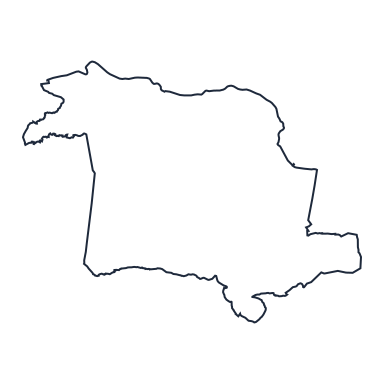 Poncitlán, Jalisco, Mexico (Albers equal-area conic projection)
{"feature_id": "50627088B14404540858707", "entity_name": "Poncitlán", "entity_type": "district", "adm_level": 2, "iso_a3": "MEX", "parent_name": "Mexico", "parent_adm1": "Jalisco", "projection": "albers", "projection_center": [-102.942, 20.264], "detail": "fine", "context": "isolated", "style": "outline", "palette": "slate", "viewbox_px": 384, "rotation_deg": 0, "n_neighbors": 0, "source": "geoboundaries", "source_scale": "gbopen_adm2", "svg_char_len": 5818}
<svg xmlns="http://www.w3.org/2000/svg" viewBox="0 0 384 384"><path d="M84.2,260.3L84.3,263.1L84.0,263.8L87.2,266.4L88.7,268.6L92.4,272.7L93.1,273.9L93.1,274.2L93.6,274.4L93.5,274.2L94.9,275.1L95.0,275.5L97.2,276.1L98.7,275.7L98.6,275.0L99.0,274.6L100.4,274.0L101.8,273.7L103.1,274.3L105.1,274.0L105.0,274.4L105.7,274.1L105.8,273.6L108.1,273.8L109.8,274.2L112.5,272.5L114.4,272.1L114.4,271.8L113.9,271.6L114.4,270.8L114.4,270.0L115.8,269.9L115.8,270.4L116.4,269.9L119.0,270.1L120.1,269.0L120.6,268.8L120.6,269.0L122.1,268.5L125.9,268.1L128.0,267.4L131.6,267.3L134.1,266.9L136.6,267.2L137.4,267.0L141.0,268.0L142.0,267.5L142.7,268.1L143.8,268.1L144.2,268.4L145.1,268.4L145.4,269.0L146.3,268.8L147.2,269.1L148.8,268.9L149.6,269.4L149.8,269.1L150.9,269.3L156.4,268.8L157.4,268.3L160.2,268.5L162.2,269.1L166.4,272.2L171.3,272.8L173.4,274.0L176.3,274.3L179.8,275.2L180.8,275.3L181.2,275.7L181.9,275.9L182.4,275.8L183.8,276.2L186.4,275.5L188.4,274.3L191.0,274.7L192.5,274.3L194.0,274.5L196.2,275.6L196.7,276.1L197.1,277.0L199.4,278.3L200.0,278.9L200.6,278.9L203.2,277.8L204.2,277.9L207.8,279.7L208.8,279.9L212.3,278.8L215.1,275.7L216.2,276.0L217.3,280.2L217.8,281.3L218.9,282.5L223.6,285.4L226.4,286.4L226.8,286.8L226.8,287.6L226.3,287.9L225.2,288.0L224.7,288.3L224.1,288.0L223.2,290.9L223.1,292.2L224.0,294.4L224.3,294.8L224.7,297.1L226.4,299.6L228.5,301.1L229.8,301.9L230.7,302.0L231.1,301.7L231.6,302.0L231.7,305.8L232.0,306.3L232.1,308.2L233.7,310.2L233.6,310.4L236.0,313.9L235.8,314.1L238.3,316.3L240.1,313.7L240.4,314.9L241.6,316.0L245.4,317.8L248.5,320.7L251.8,321.2L253.7,321.9L254.2,322.4L254.7,322.4L256.1,321.9L259.3,319.3L260.6,317.7L261.7,316.9L263.4,314.6L265.2,311.1L265.7,309.9L265.8,308.4L265.6,307.6L265.0,307.2L264.5,305.3L264.0,304.9L263.8,303.4L263.3,302.8L262.5,302.3L261.5,300.0L261.0,299.9L258.6,298.5L255.1,297.4L252.4,297.0L252.4,296.7L255.5,295.0L257.5,294.5L259.5,294.5L261.0,293.6L265.9,293.3L266.9,293.0L268.2,292.9L269.6,293.4L272.3,293.0L273.5,293.1L274.0,294.8L274.6,295.1L275.5,295.2L275.5,295.7L277.9,295.7L279.1,296.3L281.9,296.1L283.0,295.7L284.9,295.9L285.8,295.6L287.1,294.6L286.6,294.3L285.7,292.8L289.5,290.2L292.8,287.2L295.5,286.6L296.5,286.2L298.1,284.2L300.4,283.3L301.3,283.6L302.2,284.2L303.0,285.8L303.1,287.0L303.6,287.3L304.1,287.2L306.9,283.6L311.2,282.1L321.3,272.4L324.1,273.5L325.1,273.4L337.8,270.9L346.0,272.6L352.7,272.8L360.4,268.3L361.0,257.0L359.5,253.3L358.5,252.3L358.5,249.8L357.9,247.2L357.8,239.3L357.1,237.2L356.7,234.8L348.1,233.2L341.2,236.5L339.7,235.0L338.2,234.5L335.3,234.6L335.3,233.8L331.7,234.1L327.9,233.6L323.5,233.7L321.9,233.0L321.7,232.3L321.7,233.6L319.4,233.1L317.8,233.5L315.7,232.9L310.4,234.2L308.4,235.6L307.4,235.4L307.2,231.0L308.4,230.9L306.1,227.4L308.8,226.4L311.2,224.3L308.2,220.2L312.3,198.8L314.6,185.5L317.0,169.9L316.3,169.5L315.0,169.2L313.7,169.1L311.4,169.4L304.3,168.7L296.5,167.6L294.7,167.1L292.8,165.8L294.0,164.5L293.7,164.1L292.7,165.4L287.8,160.5L280.2,146.4L278.2,145.1L277.5,144.0L278.5,142.1L279.1,139.0L279.1,137.9L278.6,135.7L278.5,134.4L278.8,133.4L280.3,131.2L282.8,129.7L283.5,129.0L284.0,128.0L283.9,127.3L283.4,126.5L283.2,123.6L282.3,122.2L280.6,121.4L279.3,118.5L278.0,116.6L276.4,108.8L275.4,107.0L271.9,103.0L270.2,101.7L266.6,99.8L260.1,94.8L256.2,93.4L250.1,90.6L246.6,89.5L242.5,89.8L240.2,89.5L238.0,88.9L233.6,86.3L231.4,85.7L230.0,85.8L228.2,86.2L227.2,86.7L225.2,88.6L223.4,89.6L219.8,90.5L213.9,90.6L209.1,91.2L206.6,90.6L205.9,90.7L205.3,91.0L202.2,94.1L201.3,94.6L197.7,94.3L194.4,94.7L191.2,95.4L184.2,95.4L180.0,95.0L169.8,91.7L165.3,91.1L164.5,91.7L161.7,90.3L160.9,89.1L160.8,86.8L159.7,85.2L158.4,83.9L156.9,83.4L154.6,83.9L153.6,83.8L152.3,82.6L149.9,79.0L149.0,78.5L146.8,77.9L137.6,77.5L134.8,77.7L128.8,79.0L125.2,78.6L122.3,79.0L119.6,78.6L110.0,74.2L107.2,72.3L97.9,64.1L94.8,62.2L92.5,61.6L91.6,61.7L89.9,62.6L86.5,66.2L85.9,67.1L85.8,67.8L86.9,69.9L87.4,72.5L86.9,73.9L86.2,74.3L85.3,74.3L78.6,71.4L76.3,71.7L66.8,75.3L61.3,76.1L53.2,77.9L47.4,79.9L47.3,80.3L48.4,80.1L48.9,83.1L41.2,84.1L41.3,85.1L41.5,85.1L41.6,85.6L41.8,85.5L42.2,86.7L44.0,90.1L48.3,91.9L48.8,92.7L49.4,93.0L52.2,93.7L53.8,95.1L60.9,97.2L63.6,99.5L63.6,101.6L63.3,102.4L62.9,102.9L61.4,103.7L61.0,105.7L59.9,107.4L59.8,108.0L58.2,108.8L57.9,110.3L57.2,110.8L56.8,111.7L56.1,111.7L55.3,112.4L54.6,112.4L54.1,112.9L53.3,112.5L52.1,113.2L49.5,112.6L48.5,112.9L47.5,112.4L46.0,113.1L45.3,113.0L45.1,113.3L45.4,113.7L45.3,114.1L44.9,114.3L45.2,115.4L44.9,115.8L44.7,117.3L44.1,117.9L44.2,118.2L43.1,119.3L41.8,119.5L41.1,119.9L40.6,119.8L40.2,119.5L39.9,119.6L39.5,120.9L38.1,121.0L36.9,121.7L36.6,122.1L36.9,123.6L36.1,123.6L35.8,123.2L35.0,123.0L34.9,122.7L33.2,121.6L33.2,122.3L32.6,122.7L30.1,123.3L29.8,123.9L28.4,125.2L28.0,125.9L27.6,128.0L25.8,130.8L23.9,134.2L23.0,137.2L25.0,142.6L24.9,143.7L25.4,144.9L29.1,142.9L31.4,142.7L31.7,141.7L32.9,141.7L33.2,142.0L33.6,144.0L34.0,144.1L34.9,142.5L35.4,143.0L36.9,141.8L37.6,141.6L38.9,141.7L40.0,142.4L40.2,141.9L39.7,140.8L40.1,140.4L40.8,141.2L41.8,141.0L42.0,141.2L42.5,139.7L41.9,138.7L42.9,137.2L43.7,136.7L45.0,137.0L45.6,136.7L47.0,137.0L47.1,137.4L47.5,137.2L47.7,136.8L48.7,137.0L48.6,135.7L49.1,134.3L50.2,133.4L51.2,134.6L52.0,134.8L52.4,134.8L52.9,134.1L53.2,134.0L53.2,133.7L53.9,133.6L54.9,133.9L55.4,134.3L54.9,135.2L56.5,136.1L57.7,135.8L57.7,136.0L58.6,136.1L58.7,135.6L59.6,135.2L59.9,135.5L61.3,135.3L62.5,135.5L62.3,136.5L62.7,136.8L64.5,136.5L64.9,136.2L65.9,135.8L66.0,135.4L66.4,135.1L66.2,134.9L66.5,134.7L67.2,134.6L66.5,136.7L66.6,137.4L69.9,138.2L71.6,137.3L72.9,137.6L73.9,136.2L73.3,135.5L73.4,135.1L75.4,134.9L77.2,135.4L78.1,135.9L80.1,136.0L82.7,134.7L83.4,133.8L84.0,133.5L84.4,133.5L86.3,134.4L92.8,170.4L94.0,171.9L94.8,173.3L91.7,203.3L86.9,242.3L85.8,251.9L84.2,260.3Z" fill="none" stroke="#1e293b" stroke-width="2"/></svg>